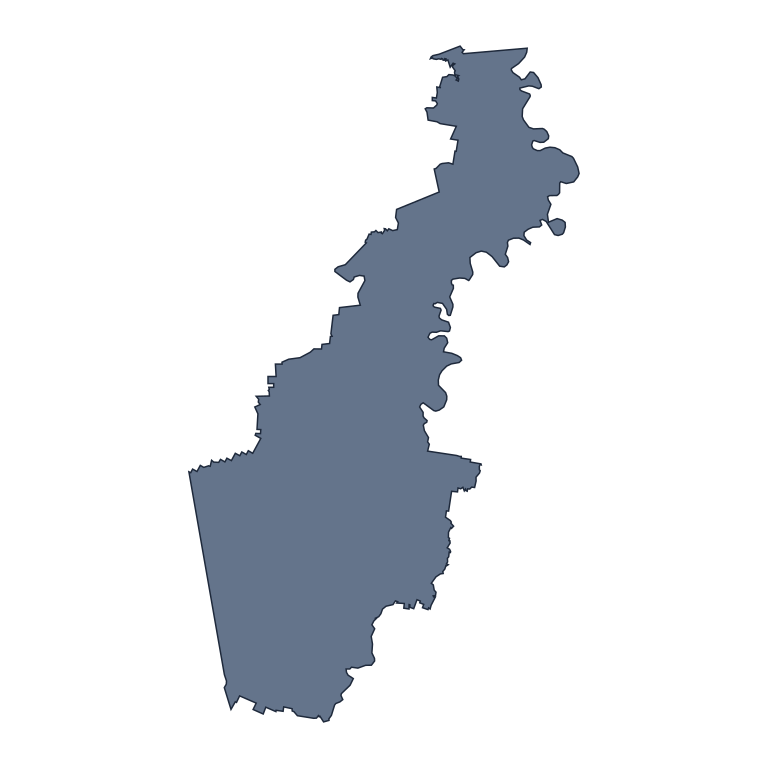 the district of José Azueta, Veracruz, Mexico
{"feature_id": "50627088B48315621116970", "entity_name": "José Azueta", "entity_type": "district", "adm_level": 2, "iso_a3": "MEX", "parent_name": "Mexico", "parent_adm1": "Veracruz", "projection": "orthographic", "projection_center": [-95.673, 18.138], "detail": "fine", "context": "isolated", "style": "filled", "palette": "slate", "viewbox_px": 768, "rotation_deg": 0, "n_neighbors": 0, "source": "geoboundaries", "source_scale": "gbopen_adm2", "svg_char_len": 6061}
<svg xmlns="http://www.w3.org/2000/svg" viewBox="0 0 768 768"><path d="M224.4,674.7L226.5,681.0L226.3,684.2L224.3,687.6L231.0,709.4L235.3,701.8L236.5,702.4L239.6,695.9L256.2,703.1L253.1,709.5L263.2,714.0L265.8,707.2L275.9,711.6L276.1,710.3L283.1,711.3L283.7,706.9L292.1,708.7L292.2,711.0L293.9,711.6L297.4,715.7L313.8,718.3L316.5,718.1L318.4,715.6L319.2,716.8L319.9,716.2L323.6,721.9L329.0,720.4L328.9,718.8L331.4,715.4L334.6,705.0L335.8,703.5L339.9,701.9L342.8,699.6L341.0,695.6L341.3,693.7L350.1,685.2L353.3,678.6L348.1,675.2L346.5,672.4L346.1,669.0L349.8,669.0L351.5,667.2L357.9,668.1L365.6,665.3L371.4,665.2L374.6,661.0L374.5,658.4L371.9,652.9L372.5,644.1L371.2,636.4L374.7,628.8L371.9,624.8L373.8,621.0L376.4,618.4L375.7,618.1L378.7,616.7L380.9,613.7L382.5,609.1L386.1,606.2L393.0,604.6L395.4,600.9L397.7,601.7L396.7,603.0L404.3,603.5L403.8,608.2L409.0,609.0L409.1,604.6L409.9,604.8L409.9,607.3L413.7,608.7L417.0,599.7L420.3,601.1L419.7,602.8L423.7,604.4L422.5,607.7L428.0,609.6L428.6,607.9L430.1,609.0L431.1,605.3L435.3,597.1L433.6,596.9L433.2,595.8L435.5,595.6L436.0,592.2L434.2,590.1L433.3,584.9L431.3,583.3L436.0,576.8L440.4,573.9L443.2,573.5L442.8,571.5L444.8,569.1L446.1,565.1L446.1,566.1L448.2,564.7L446.4,563.9L447.6,561.9L447.4,558.3L448.7,556.8L449.2,552.1L450.4,552.5L450.6,551.5L449.6,549.3L447.2,547.8L450.1,543.1L449.9,540.8L448.9,540.6L449.5,538.3L448.4,537.5L448.5,532.2L450.8,527.6L451.5,528.4L453.6,526.2L450.9,523.2L451.3,522.1L450.4,520.6L445.5,517.2L446.4,510.9L448.6,511.1L451.6,491.3L457.5,491.9L458.0,488.0L460.7,488.8L462.9,487.3L464.3,490.9L465.5,489.2L465.9,490.6L467.2,491.2L467.6,488.9L469.8,489.0L471.7,487.1L474.6,487.5L476.1,481.0L476.0,477.2L479.5,473.0L480.2,470.7L479.4,469.8L479.3,466.4L480.3,464.4L481.2,464.8L481.0,463.9L470.2,462.0L470.6,459.5L461.2,458.1L461.3,455.8L460.8,456.8L456.7,455.5L427.6,451.1L429.3,444.2L427.6,441.9L428.5,437.6L424.4,430.7L423.3,425.2L424.3,423.6L426.7,422.3L427.1,420.6L424.1,417.9L423.1,416.1L423.1,412.3L419.6,407.0L420.9,404.3L423.2,402.8L433.8,410.6L435.8,411.1L439.2,410.1L443.8,406.9L446.7,399.8L446.8,396.2L445.6,392.6L438.5,385.3L438.3,380.1L439.6,374.7L442.0,370.8L446.7,366.1L451.3,363.9L459.1,362.5L461.6,360.2L460.6,357.7L457.4,355.6L451.8,353.3L443.5,351.8L444.2,348.2L447.7,342.7L446.7,338.2L444.4,335.9L438.7,335.8L431.6,339.8L429.7,339.4L428.0,337.2L429.9,333.3L432.2,332.1L436.4,332.3L440.6,330.8L448.2,331.6L449.5,331.0L450.4,327.5L448.5,322.2L441.6,319.8L439.4,318.0L439.0,316.1L441.1,310.1L440.4,308.4L434.4,307.1L433.1,305.8L433.3,304.7L433.9,303.5L435.0,303.8L437.3,302.4L442.5,303.4L446.6,309.3L447.4,314.3L448.8,315.5L450.3,315.3L452.9,307.0L452.9,304.3L449.7,296.9L453.4,288.4L453.3,285.2L452.2,284.9L451.4,283.1L451.4,280.4L453.0,279.1L459.7,278.0L464.9,278.4L468.7,280.5L469.3,279.9L472.7,274.5L472.8,272.1L470.2,263.3L469.9,257.5L476.1,252.7L481.3,251.1L486.4,252.2L492.1,256.6L499.7,266.2L504.3,266.9L506.9,264.9L508.6,261.7L507.6,257.5L505.3,254.3L507.9,246.1L507.4,242.5L508.4,240.2L513.5,238.2L518.9,238.1L523.5,240.0L530.0,244.5L530.6,242.6L526.6,240.0L523.9,235.6L524.2,232.2L528.2,229.2L532.8,227.2L539.4,226.9L540.4,226.1L541.7,225.0L540.0,220.4L542.5,219.4L546.2,221.5L554.5,234.6L558.1,235.5L562.3,234.2L563.6,232.7L565.4,227.0L565.1,222.4L562.2,220.1L557.1,218.6L548.5,222.2L547.4,214.3L550.9,204.3L548.3,200.0L547.6,196.7L549.6,195.6L556.9,195.5L558.4,194.4L559.6,192.8L559.7,183.1L560.7,181.7L566.3,183.5L573.7,181.9L577.7,176.9L579.1,173.5L577.7,167.0L573.5,158.3L571.9,156.6L562.8,152.9L559.8,149.8L554.9,147.7L549.9,147.2L545.2,148.1L540.2,150.6L537.3,150.6L533.3,148.8L532.3,147.3L531.6,144.9L532.8,141.1L534.1,140.5L540.0,142.4L543.8,142.2L548.3,138.7L548.7,135.9L546.8,131.6L544.2,129.2L542.4,128.5L533.5,128.9L528.9,127.3L523.5,119.9L522.2,116.5L522.6,108.8L530.1,96.6L530.2,95.3L529.6,94.0L521.4,90.9L519.9,89.6L519.8,88.1L528.7,85.9L532.3,86.2L538.9,88.7L541.3,87.0L541.1,84.7L538.0,77.7L533.6,72.5L530.2,72.0L525.0,78.8L521.3,79.8L519.5,77.2L512.9,72.6L511.3,69.9L511.5,68.5L518.6,63.6L524.6,57.1L526.7,52.3L527.2,48.2L463.4,53.7L462.1,52.3L464.1,49.8L462.9,49.7L460.1,46.1L439.1,54.2L433.0,55.6L431.2,56.9L430.4,58.7L432.6,57.9L433.1,58.8L436.4,59.4L438.6,58.8L441.1,59.3L441.5,58.5L442.7,59.0L443.1,60.2L444.5,60.2L444.8,58.6L446.1,58.9L445.8,60.9L447.9,60.0L450.2,67.2L453.1,63.2L454.8,63.9L452.6,65.6L452.6,67.1L455.2,70.8L454.5,72.1L454.9,74.7L458.7,75.6L457.5,76.5L458.8,79.0L458.3,81.1L456.1,80.0L457.4,78.9L455.4,76.2L453.1,75.0L448.9,74.6L446.9,76.6L442.6,77.3L439.5,87.3L441.0,87.7L436.8,87.0L437.3,92.6L436.4,98.0L432.3,97.4L432.3,100.6L435.6,100.9L437.3,103.6L436.8,105.0L433.5,108.0L426.8,107.8L425.2,108.8L427.0,112.2L428.1,120.1L437.1,121.8L440.1,123.6L456.3,126.3L450.6,139.0L458.0,140.2L456.2,151.3L455.0,151.1L452.9,164.2L448.6,162.8L442.2,163.5L440.2,164.2L436.1,168.4L434.2,169.0L439.2,192.0L396.6,209.4L395.6,217.5L398.4,223.0L397.3,229.6L392.7,230.6L388.8,228.8L387.3,230.8L385.5,228.8L384.2,228.6L384.6,230.3L382.4,233.7L381.3,233.1L381.3,232.0L378.0,232.6L375.9,230.5L374.5,231.8L371.3,232.1L371.0,234.4L369.1,234.1L367.0,239.1L365.6,240.2L365.2,242.3L366.3,242.9L345.3,264.7L338.1,266.8L334.9,269.3L334.9,271.5L346.5,280.2L350.0,281.9L353.4,279.5L354.2,277.0L359.5,275.4L364.1,276.1L364.9,280.6L358.0,293.3L357.9,297.1L360.3,305.2L339.5,307.6L338.8,314.6L333.1,315.3L330.9,333.8L332.1,336.3L330.4,336.5L329.6,343.5L322.0,344.4L321.5,349.0L313.9,348.9L310.3,352.2L300.0,357.7L288.7,359.2L282.0,362.2L282.1,364.1L275.4,364.1L276.1,376.5L268.0,376.5L268.0,383.6L273.7,383.6L273.7,387.3L268.8,387.3L269.3,389.5L268.3,390.4L269.2,391.8L269.4,396.0L256.2,396.3L258.7,399.3L258.3,402.1L260.2,404.5L254.8,407.0L257.9,413.8L257.0,429.4L260.8,429.6L260.5,433.6L255.8,433.4L255.2,435.3L260.8,438.4L252.7,453.3L248.3,450.7L246.3,454.5L241.8,452.0L239.8,455.7L235.3,453.3L231.4,460.6L226.9,458.2L224.9,461.9L220.5,459.4L218.7,462.4L213.7,462.1L211.6,460.3L210.2,466.3L208.6,465.8L203.8,467.4L200.3,465.4L197.0,471.5L192.6,469.1L190.7,472.7L188.9,471.8L224.4,674.7Z" fill="#64748b" stroke="#1e293b" stroke-width="1.5"/></svg>